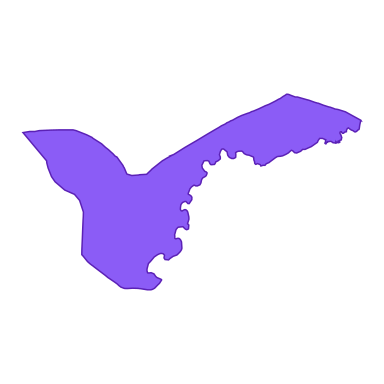 Upper Saloum, Central River, Gambia (Robinson projection)
{"feature_id": "56634734B57962636272806", "entity_name": "Upper Saloum", "entity_type": "district", "adm_level": 2, "iso_a3": "GMB", "parent_name": "Gambia", "parent_adm1": "Central River", "projection": "robinson", "projection_center": [-15.147, 13.733], "detail": "fine", "context": "isolated", "style": "filled", "palette": "violet", "viewbox_px": 384, "rotation_deg": 0, "n_neighbors": 0, "source": "geoboundaries", "source_scale": "gbopen_adm2", "svg_char_len": 5065}
<svg xmlns="http://www.w3.org/2000/svg" viewBox="0 0 384 384"><path d="M81.8,254.6L82.0,254.9L83.3,256.3L87.3,261.3L88.2,262.2L90.3,264.0L105.2,275.3L107.6,277.3L107.8,277.5L108.3,277.8L114.5,282.0L117.4,284.1L118.8,285.5L120.9,287.1L124.3,288.4L125.6,288.5L127.9,288.5L132.7,288.2L138.5,288.4L139.1,288.6L140.0,288.6L147.5,289.8L150.9,289.8L152.6,289.3L154.6,288.2L155.6,287.2L157.6,285.1L159.5,283.3L161.6,280.0L161.6,279.8L161.1,279.3L156.9,277.5L155.7,276.4L153.9,273.8L151.1,272.7L149.0,273.0L147.6,272.8L147.0,270.9L147.0,269.0L147.7,266.3L148.4,263.6L150.5,261.4L151.6,260.1L154.3,256.9L157.7,254.6L159.7,253.7L161.0,253.4L162.5,253.6L163.4,253.9L164.5,255.2L164.0,257.9L165.1,259.6L165.8,259.6L168.6,259.9L170.0,258.5L173.2,256.3L176.9,255.0L178.3,253.7L180.3,251.6L181.5,249.7L181.9,248.2L181.5,241.9L180.7,240.1L179.8,239.0L179.3,238.6L178.8,238.4L178.1,238.3L177.1,238.4L176.2,238.8L175.5,238.8L174.9,238.4L174.8,238.2L174.8,237.7L174.8,235.9L174.6,234.8L175.1,233.1L175.9,230.0L176.3,229.2L177.6,227.7L178.2,227.2L182.9,226.7L184.5,228.3L185.5,229.2L186.7,229.7L187.8,229.3L188.5,228.8L188.8,225.1L188.4,224.4L187.6,223.9L187.6,223.3L188.1,221.9L188.9,219.3L188.9,218.1L188.8,216.7L187.9,212.6L187.7,211.9L187.3,211.2L187.0,210.7L186.3,210.1L185.7,209.7L185.0,209.7L184.4,209.7L182.0,211.0L181.1,210.7L180.4,209.5L180.4,208.1L180.6,206.5L180.9,204.6L182.5,202.5L184.8,201.5L186.0,201.5L188.0,203.6L189.2,203.6L189.7,202.8L190.3,201.9L191.8,199.7L191.9,197.2L191.0,195.9L190.6,195.5L188.3,194.2L188.2,193.4L189.3,190.6L189.9,188.9L191.4,187.0L193.7,185.3L194.7,185.3L195.7,185.9L197.4,185.9L199.9,184.8L200.8,183.2L201.1,182.2L201.1,181.9L201.6,179.7L202.3,178.5L202.9,177.8L205.4,176.4L206.2,175.6L207.0,173.6L207.0,172.7L205.9,171.7L204.8,171.4L202.3,168.0L201.9,165.7L201.9,165.2L202.0,165.0L204.0,160.9L205.3,160.7L207.5,160.6L208.9,161.2L209.8,163.4L210.6,164.5L211.5,164.7L214.5,164.4L215.1,163.5L215.9,161.8L216.8,161.4L218.2,160.7L220.3,158.9L220.3,158.4L220.3,157.0L219.4,154.7L220.3,151.7L221.2,150.0L222.1,149.0L223.6,149.0L227.1,151.9L227.7,155.1L228.5,156.4L229.4,157.4L231.7,158.5L233.7,158.5L235.6,157.5L235.8,156.3L235.8,154.3L235.6,152.7L236.8,151.8L238.4,151.2L241.7,151.1L242.6,151.6L244.2,153.6L244.8,153.9L245.7,154.4L247.0,154.9L249.1,155.2L251.2,156.1L251.9,156.4L253.0,156.8L253.6,157.4L253.9,160.0L254.6,161.8L254.7,163.2L255.2,163.9L255.3,164.0L255.6,164.3L256.0,164.3L256.6,164.0L257.5,163.6L260.2,164.6L260.9,166.0L263.0,165.3L265.0,165.3L266.3,163.7L269.0,162.6L269.3,162.3L275.3,157.8L277.2,156.6L278.5,156.4L280.2,156.3L282.3,155.9L282.7,155.8L285.3,154.6L285.6,154.5L288.4,152.9L291.0,150.5L291.5,150.3L292.7,150.8L294.6,152.7L296.8,153.0L297.1,152.8L300.6,151.3L301.7,150.3L302.6,149.4L305.0,149.4L308.3,147.9L311.3,146.6L315.0,144.0L316.3,143.1L317.4,142.3L318.2,140.4L319.7,138.4L322.5,138.4L325.8,139.8L325.4,141.0L325.7,141.7L324.9,143.1L325.5,143.8L326.0,143.8L326.7,142.3L327.5,142.3L327.6,141.6L329.0,141.6L329.9,141.4L331.1,141.4L332.6,142.4L332.9,142.7L335.3,143.0L335.7,142.0L336.0,143.1L336.9,142.8L336.9,142.2L338.2,142.6L338.2,142.2L338.2,141.8L339.2,142.5L339.3,142.5L339.8,142.2L339.8,141.8L338.7,141.0L340.0,140.3L341.3,139.9L341.5,138.3L341.8,137.8L340.9,134.9L340.2,133.8L340.0,133.4L339.9,132.8L340.3,131.9L341.4,131.8L341.8,132.6L342.6,133.3L343.6,133.2L344.5,132.2L345.7,131.9L346.4,131.7L346.5,130.1L347.4,128.4L348.5,127.9L349.9,129.1L351.3,130.0L353.3,130.8L354.5,131.8L355.6,131.9L356.8,131.2L357.9,130.0L358.8,129.6L359.2,129.0L359.8,124.7L360.8,120.4L361.0,120.5L360.9,120.3L345.4,111.8L338.4,109.6L337.0,109.3L334.9,109.0L333.6,108.4L333.3,108.3L330.2,107.2L328.7,106.9L325.6,105.9L323.4,105.2L318.3,103.2L317.8,103.2L314.7,102.3L308.6,100.1L308.3,100.1L297.4,97.0L295.3,97.0L293.7,96.4L292.1,95.8L290.3,95.1L289.4,94.7L288.1,94.3L287.0,94.2L286.4,94.3L285.7,94.9L285.6,95.0L283.2,96.4L280.1,98.6L278.6,99.2L275.7,100.9L271.0,103.3L268.8,104.4L265.1,105.8L263.7,106.5L258.4,109.0L256.7,109.7L256.0,110.0L253.4,111.1L251.6,111.6L249.6,112.7L247.6,113.3L246.5,113.7L241.6,115.5L237.5,117.4L235.0,118.8L232.5,120.2L230.8,120.8L228.8,122.0L226.8,122.8L225.7,123.7L224.4,124.4L221.4,125.8L219.1,127.3L216.5,128.8L213.4,130.6L207.1,134.3L197.0,140.4L184.8,147.5L173.7,154.5L170.8,155.6L171.2,155.7L166.7,158.2L163.1,160.4L162.6,160.6L152.8,168.4L151.8,169.2L151.1,170.0L146.6,174.3L139.8,174.7L138.1,175.1L137.3,175.1L136.0,175.2L131.8,175.5L127.0,174.1L126.6,173.5L124.3,168.0L123.9,167.3L123.4,166.6L123.0,165.5L118.6,159.4L116.9,157.0L115.2,156.2L112.8,153.6L111.2,152.2L108.5,149.7L105.5,147.4L101.6,143.8L94.2,139.1L92.7,138.1L92.0,137.4L86.9,134.9L85.2,134.2L76.0,130.6L73.1,129.9L59.0,129.9L51.0,130.1L39.3,130.6L34.8,131.5L29.6,131.5L23.0,132.6L29.1,139.9L45.9,160.0L46.6,160.8L46.8,162.9L47.2,164.5L48.1,168.0L50.2,173.3L51.5,176.6L52.6,178.2L53.5,179.5L55.1,181.8L59.2,185.3L61.4,187.2L64.8,190.1L74.6,194.4L74.7,194.6L77.5,197.9L79.6,200.4L83.4,212.0L83.3,216.3L83.2,218.3L83.1,219.8L82.7,229.1L82.3,239.5L81.9,249.1L81.8,254.6Z" fill="#8b5cf6" stroke="#5b21b6" stroke-width="1.5"/></svg>